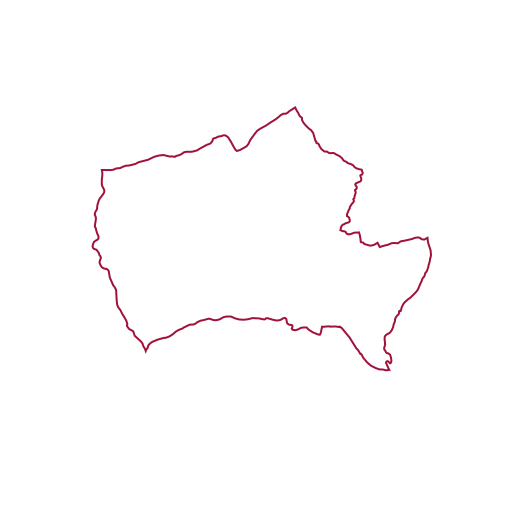 outline of Tópaga, Boyacá, Colombia, rotated 217°
{"feature_id": "7082276B68599110832879", "entity_name": "Tópaga", "entity_type": "district", "adm_level": 2, "iso_a3": "COL", "parent_name": "Colombia", "parent_adm1": "Boyacá", "projection": "natural_earth1", "projection_center": [-72.847, 5.767], "detail": "fine", "context": "isolated", "style": "outline", "palette": "rose", "viewbox_px": 512, "rotation_deg": 217, "n_neighbors": 0, "source": "geoboundaries", "source_scale": "gbopen_adm2", "svg_char_len": 6134}
<svg xmlns="http://www.w3.org/2000/svg" viewBox="0 0 512 512"><g transform="rotate(217 256 256)"><path d="M113.7,240.6L113.4,241.0L112.3,240.8L111.6,240.6L109.9,239.6L108.9,239.2L103.2,237.9L98.8,237.6L97.0,237.8L92.7,238.6L89.0,239.8L87.7,240.8L85.4,242.2L83.9,242.6L81.7,244.4L81.9,244.8L81.1,245.3L82.4,245.9L88.0,249.0L88.2,249.6L88.1,250.7L87.4,251.3L86.3,251.3L84.6,250.9L84.3,251.0L84.1,251.4L84.1,252.3L84.5,253.2L84.9,253.9L86.8,255.9L89.3,257.7L89.7,257.9L91.6,257.9L93.1,257.2L93.8,257.2L95.0,257.8L97.5,258.7L98.3,259.7L99.5,262.9L100.5,263.9L101.3,265.0L102.3,265.9L104.1,268.1L104.5,269.0L104.7,269.5L104.6,271.1L104.4,271.9L103.0,274.9L102.9,275.7L102.9,278.3L103.7,281.8L104.9,284.2L105.5,286.8L106.1,288.1L106.7,288.8L107.4,290.9L107.4,293.3L107.3,294.2L107.0,294.9L107.5,296.7L108.4,297.7L108.4,298.1L108.2,298.8L107.7,299.1L107.4,299.1L107.3,299.4L108.7,302.5L109.4,306.0L109.4,308.4L108.5,313.1L107.7,315.3L106.9,320.5L106.5,323.8L106.5,326.7L108.0,332.5L108.5,335.2L109.3,337.7L109.5,338.9L109.3,340.8L109.7,342.3L110.5,344.1L110.4,346.3L110.7,347.7L111.8,350.9L112.7,352.6L113.1,353.9L114.2,356.6L115.3,358.5L115.9,360.3L116.9,362.2L120.1,365.7L124.9,369.0L127.1,370.7L130.0,373.7L131.5,370.4L133.5,369.2L134.4,369.0L135.4,369.2L137.2,368.7L137.8,368.3L139.9,366.3L141.7,363.4L146.7,357.5L149.0,355.1L149.3,354.6L150.3,351.8L150.7,351.3L153.4,349.6L155.4,347.8L157.4,344.4L161.1,339.8L162.5,337.6L166.9,339.7L168.3,336.2L169.7,334.3L170.7,333.3L172.1,332.5L175.6,331.2L176.8,330.8L178.0,331.1L178.8,331.1L180.4,330.2L181.2,330.6L182.0,331.7L185.5,335.0L187.2,336.3L188.1,336.8L189.0,335.8L191.0,334.3L192.0,333.1L192.9,331.5L194.6,329.3L195.1,328.9L195.4,328.8L195.6,328.9L196.5,328.5L197.1,328.4L198.4,329.0L199.1,329.2L200.3,328.9L202.1,327.8L203.0,327.8L204.1,327.4L205.5,330.5L205.7,331.3L205.6,332.8L205.4,333.5L204.8,334.3L204.1,336.1L202.2,338.7L202.0,339.5L202.0,340.1L202.8,341.2L204.8,342.7L206.2,342.8L207.2,342.6L207.9,343.3L208.4,344.1L209.6,348.4L209.7,350.2L210.5,351.6L210.6,352.3L210.8,355.4L210.6,357.9L210.8,358.6L211.2,359.1L212.4,359.8L212.5,360.2L212.3,361.4L213.3,363.2L214.4,366.3L215.0,367.2L216.3,367.8L216.6,368.2L216.6,368.6L216.2,369.8L216.5,371.0L217.4,371.9L219.5,372.6L219.9,373.0L219.9,374.4L219.5,374.8L218.5,376.8L217.6,378.2L217.5,379.1L217.7,380.0L218.6,381.3L220.5,382.5L221.2,383.2L221.0,383.8L220.3,384.9L220.6,386.2L220.9,386.8L222.4,387.5L223.2,388.4L223.6,388.5L226.0,387.3L228.4,386.5L230.3,386.3L231.6,386.5L233.2,386.9L235.2,386.6L238.7,385.4L240.4,385.6L242.7,385.0L243.5,385.0L246.4,385.9L248.6,386.0L249.9,386.0L253.0,385.3L254.9,385.2L255.8,385.0L256.4,384.7L258.9,382.5L259.9,382.2L262.1,382.1L264.1,380.7L265.0,380.6L268.3,380.8L271.6,382.0L272.7,382.9L273.2,383.0L274.4,383.1L275.2,382.7L275.9,382.7L276.1,382.8L276.5,383.5L276.9,383.7L277.8,383.7L284.4,388.7L288.1,389.7L288.8,389.6L290.4,389.6L295.4,390.3L297.6,390.8L300.8,392.1L301.6,392.8L302.2,393.8L302.9,394.1L304.6,394.0L305.9,394.3L308.5,395.7L311.0,396.6L314.1,398.2L316.5,391.9L316.9,389.8L317.4,388.4L317.9,387.5L319.6,386.2L320.3,385.1L321.1,383.3L321.5,381.0L322.5,377.2L324.9,371.0L326.6,366.0L329.2,360.3L330.4,356.8L330.5,352.8L330.4,345.0L329.5,341.1L329.6,337.8L332.6,330.9L334.5,328.4L336.0,328.4L339.4,329.7L344.9,332.2L349.6,334.0L352.6,334.0L353.7,333.5L354.8,332.6L355.9,330.8L358.2,328.4L359.1,326.3L360.8,324.1L360.8,323.7L360.0,321.4L360.1,318.6L360.8,317.2L362.1,315.3L365.1,308.8L366.7,304.7L368.0,303.2L369.1,301.6L370.6,300.1L373.9,297.7L375.8,295.7L377.0,292.1L378.2,290.1L379.9,287.9L380.2,287.4L380.3,286.6L381.1,286.0L383.7,284.6L384.1,284.0L385.4,283.2L390.2,281.2L391.4,280.3L394.1,277.7L396.5,274.6L397.3,273.4L400.1,267.9L406.1,260.4L407.7,257.0L409.5,254.7L412.2,251.5L414.3,249.8L415.1,248.4L415.7,247.8L417.3,244.7L417.9,243.9L419.0,243.1L420.7,241.3L421.6,239.4L422.4,238.5L424.2,236.8L430.9,231.9L428.6,229.8L427.0,227.5L425.1,224.2L422.3,220.5L421.2,219.5L417.3,217.6L416.1,216.5L415.6,215.3L415.3,213.8L415.3,207.4L414.9,205.4L414.2,203.8L413.4,201.4L411.2,197.7L411.0,196.7L411.0,195.4L410.6,193.9L409.8,192.1L407.5,190.7L406.7,190.0L405.7,188.5L403.2,183.7L402.4,182.6L400.2,181.4L399.4,180.6L395.9,178.1L394.5,177.5L393.3,176.6L392.3,174.9L392.4,173.7L393.4,171.5L393.8,169.7L393.5,168.2L392.9,166.3L392.0,165.0L390.8,164.3L389.7,164.2L387.1,165.0L383.5,163.9L381.7,162.6L379.8,162.0L378.8,161.2L378.4,160.5L378.3,159.5L377.8,158.1L377.3,157.0L376.5,156.2L374.4,155.0L372.5,154.3L371.4,154.3L370.0,154.5L367.5,155.7L366.3,155.8L365.4,155.7L364.4,155.2L359.9,150.9L352.3,146.6L350.5,146.2L347.3,144.7L340.3,136.4L337.7,133.7L335.4,132.2L331.8,131.2L327.2,128.9L325.0,128.2L320.5,126.2L317.8,124.2L317.5,123.5L317.4,122.9L316.8,122.4L315.4,121.9L313.5,121.4L311.9,121.5L309.5,122.0L308.7,121.8L307.9,121.5L304.9,119.3L296.5,118.5L294.7,118.0L293.8,117.7L292.7,116.8L291.7,116.2L288.7,115.0L286.9,113.8L287.3,115.1L287.2,117.3L288.1,119.5L288.2,120.5L288.0,122.0L287.6,123.8L286.8,125.7L285.6,127.6L284.5,129.7L284.1,130.1L282.9,131.8L279.9,135.6L279.2,135.9L277.0,139.2L276.0,141.5L275.3,143.7L274.4,147.8L272.8,151.2L271.3,153.4L271.0,154.1L270.9,154.9L268.0,160.5L267.1,161.8L265.4,163.0L264.2,164.4L263.4,166.2L263.1,167.7L261.4,170.9L259.5,173.0L256.0,177.5L255.2,178.0L252.4,178.9L250.6,179.7L249.3,180.7L248.4,181.6L247.4,182.9L246.4,184.5L245.6,186.7L244.5,188.4L242.9,190.1L240.4,192.0L239.6,192.6L235.2,193.6L231.4,195.1L227.6,197.6L224.6,200.4L221.3,204.4L215.8,208.1L213.5,209.1L211.1,210.4L210.6,211.3L210.5,212.2L209.9,212.9L209.1,213.4L204.5,215.1L201.9,216.3L200.4,217.1L198.4,219.1L197.6,220.5L196.9,222.4L196.0,223.7L195.0,224.1L193.6,223.7L191.4,221.6L190.3,221.0L188.4,221.0L186.4,222.1L185.5,222.4L184.8,222.1L184.3,221.5L183.8,219.6L183.2,219.2L182.4,219.2L181.3,219.6L179.9,220.4L178.3,222.6L176.7,225.9L175.1,227.4L172.6,229.4L170.6,229.0L169.5,228.9L164.8,229.2L159.2,230.7L158.1,231.2L157.6,231.7L157.7,232.4L158.4,234.5L160.7,239.3L158.7,240.7L157.9,241.6L155.2,243.9L154.7,243.9L149.9,247.7L146.3,249.6L146.4,250.0L144.2,250.1L132.2,247.2L119.9,242.5L118.2,242.4L113.7,240.6Z" fill="none" stroke="#9f1239" stroke-width="2"/></g></svg>